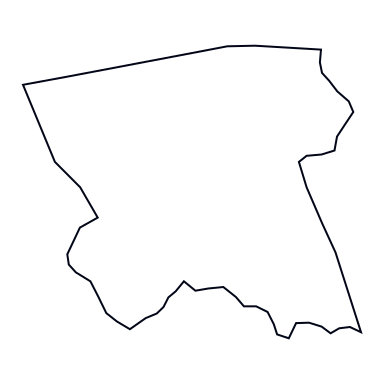 outline of Juarez Távora, Paraíba, Brazil
{"feature_id": "56859067B57466026178175", "entity_name": "Juarez Távora", "entity_type": "district", "adm_level": 2, "iso_a3": "BRA", "parent_name": "Brazil", "parent_adm1": "Paraíba", "projection": "natural_earth1", "projection_center": [-35.563, -7.162], "detail": "fine", "context": "isolated", "style": "outline", "palette": "ink", "viewbox_px": 384, "rotation_deg": 0, "n_neighbors": 0, "source": "geoboundaries", "source_scale": "gbopen_adm2", "svg_char_len": 788}
<svg xmlns="http://www.w3.org/2000/svg" viewBox="0 0 384 384"><path d="M23.0,84.8L54.9,161.9L80.2,187.3L97.7,217.6L79.9,227.6L67.3,254.3L68.8,264.6L75.9,272.4L90.4,281.3L98.1,296.3L106.3,313.1L116.8,321.4L129.9,329.2L145.7,318.1L156.8,313.5L163.5,307.0L168.4,297.4L175.7,291.3L183.9,281.3L195.4,290.7L208.3,288.5L223.3,287.0L235.9,297.0L243.9,306.3L256.1,306.3L267.6,312.0L273.8,324.2L277.1,334.4L288.8,338.3L296.1,323.1L309.0,322.7L321.6,326.6L330.6,333.3L339.2,328.3L349.9,327.0L361.0,332.2L335.5,252.4L322.3,223.7L306.6,187.3L298.9,161.9L306.6,155.8L321.6,154.5L334.5,150.5L337.0,136.6L344.7,124.9L353.3,112.0L348.8,101.4L337.3,91.4L329.1,80.7L322.0,72.9L319.9,62.4L321.0,49.6L255.0,45.7L227.3,46.3L207.9,50.0L69.2,76.3L23.0,84.8Z" fill="none" stroke="#020617" stroke-width="2"/></svg>